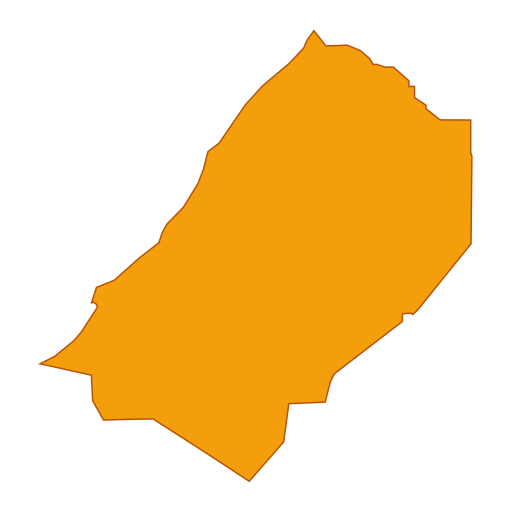 outline of Orange, California, United States of America, rotated 90°
{"feature_id": "52423323B24970459595653", "entity_name": "Orange", "entity_type": "district", "adm_level": 2, "iso_a3": "USA", "parent_name": "United States of America", "parent_adm1": "California", "projection": "mercator", "projection_center": [-117.816, 33.667], "detail": "fine", "context": "isolated", "style": "filled", "palette": "amber", "viewbox_px": 512, "rotation_deg": 90, "n_neighbors": 0, "source": "geoboundaries", "source_scale": "gbopen_adm2", "svg_char_len": 942}
<svg xmlns="http://www.w3.org/2000/svg" viewBox="0 0 512 512"><g transform="rotate(90 256 256)"><path d="M243.8,41.0L156.4,40.1L152.4,41.3L126.2,41.3L120.0,41.3L119.9,71.9L108.7,86.0L105.3,86.0L97.6,97.4L86.4,97.5L86.5,103.0L80.8,103.1L67.3,118.5L67.1,118.5L67.1,126.9L64.3,135.5L64.4,139.0L58.8,142.2L50.6,151.6L45.2,164.8L45.9,186.1L30.7,198.1L40.1,204.9L47.9,208.2L63.3,222.7L84.2,247.5L85.8,249.4L104.5,266.4L143.0,292.8L151.6,304.0L169.1,308.5L183.9,314.2L207.3,328.6L224.0,345.0L232.3,349.6L242.8,353.2L257.9,372.6L276.6,393.7L280.3,397.9L287.4,415.5L302.8,420.5L302.4,418.5L304.1,415.8L307.1,414.5L332.1,430.7L341.1,438.6L356.3,457.2L363.8,471.9L375.2,420.6L400.8,419.3L420.0,408.5L419.3,381.3L418.9,359.0L452.5,306.6L481.3,262.8L441.8,228.3L403.7,223.2L402.1,186.8L398.4,185.9L381.1,181.4L373.7,177.6L321.5,109.7L313.7,109.4L313.2,100.7L314.5,99.3L309.9,94.3L243.8,41.0Z" fill="#f59e0b" stroke="#b45309" stroke-width="1.5"/></g></svg>